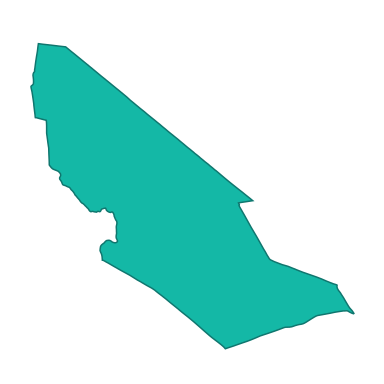 outline of Tan Hung, Long An, Vietnam, rotated 176°
{"feature_id": "81297802B65804618727956", "entity_name": "Tan Hung", "entity_type": "district", "adm_level": 2, "iso_a3": "VNM", "parent_name": "Vietnam", "parent_adm1": "Long An", "projection": "albers", "projection_center": [105.709, 10.817], "detail": "fine", "context": "isolated", "style": "filled", "palette": "teal", "viewbox_px": 384, "rotation_deg": 176, "n_neighbors": 0, "source": "geoboundaries", "source_scale": "gbopen_adm2", "svg_char_len": 5532}
<svg xmlns="http://www.w3.org/2000/svg" viewBox="0 0 384 384"><g transform="rotate(176 192 192)"><path d="M343.1,277.1L341.8,276.9L340.2,276.3L338.1,275.6L332.4,273.7L332.4,273.4L332.3,271.2L332.4,268.3L332.9,261.1L332.9,260.6L332.5,254.6L332.3,251.1L332.0,247.1L331.9,246.2L331.9,245.3L332.1,240.0L332.3,232.5L332.5,228.9L331.7,227.6L330.5,225.9L329.3,224.7L327.8,223.9L325.7,222.9L324.5,222.3L323.8,221.8L323.2,221.1L322.9,220.7L322.0,219.5L321.9,218.9L321.8,218.2L321.9,217.4L322.4,216.5L322.9,215.8L323.1,215.2L323.1,214.5L322.9,213.7L322.4,213.0L321.8,212.0L321.3,210.9L320.9,209.5L320.5,208.5L320.1,208.1L319.5,207.8L318.8,207.5L317.8,207.2L317.1,206.7L316.4,206.3L315.8,206.0L315.3,205.7L314.8,205.5L314.4,205.4L314.0,205.1L313.4,204.5L312.9,203.6L312.5,202.9L312.2,202.5L311.7,202.0L311.4,201.7L311.1,201.3L310.5,200.5L310.1,199.8L309.7,199.2L309.4,198.5L309.2,198.1L309.0,197.5L308.8,197.1L308.2,196.5L307.4,195.4L306.6,194.2L305.8,193.2L305.2,192.4L304.7,191.7L304.2,190.7L303.6,189.8L303.0,189.1L302.4,188.5L301.8,188.2L301.2,187.7L300.6,187.1L300.0,186.4L299.7,185.9L299.1,185.3L298.6,184.8L298.2,184.2L297.7,183.6L296.9,182.8L296.4,182.0L296.0,181.2L295.7,180.6L295.4,180.2L295.0,179.9L294.7,179.6L294.3,179.4L293.9,179.4L293.1,179.6L292.8,179.6L292.4,179.6L291.8,179.4L291.4,179.2L291.0,179.1L290.7,179.0L290.2,178.9L289.7,178.8L289.2,178.7L288.9,178.6L288.6,178.6L288.2,178.8L287.7,179.1L287.4,179.2L287.1,179.3L286.7,179.2L286.2,179.0L285.8,178.9L285.5,178.8L285.3,178.8L285.1,178.9L284.8,179.0L284.7,179.1L284.5,179.4L284.0,180.2L283.7,180.8L283.3,181.2L282.9,181.3L281.9,181.6L280.9,181.8L280.2,181.9L279.8,182.0L279.7,182.0L279.3,181.8L279.3,181.7L279.1,181.2L278.8,180.5L278.7,180.1L278.6,179.7L278.1,179.2L277.7,178.7L276.9,178.2L276.1,177.7L275.5,177.5L275.0,177.4L274.7,177.3L274.4,177.3L274.2,177.4L273.9,177.6L273.5,177.7L273.3,177.7L273.1,177.6L272.7,177.4L272.3,177.0L272.0,176.3L271.6,175.5L271.4,174.5L271.3,173.4L271.2,172.8L271.0,172.3L270.8,171.8L270.5,170.7L270.3,170.4L270.1,169.6L269.7,169.0L269.4,168.5L269.2,168.2L269.2,167.8L269.1,167.5L269.1,167.1L269.0,166.7L269.1,166.1L269.2,165.3L269.5,164.4L269.9,163.0L270.0,162.0L270.0,160.9L270.0,159.5L270.1,157.8L270.1,156.5L270.2,155.5L270.4,154.9L270.7,153.6L270.8,152.6L270.8,151.6L270.7,151.1L270.5,150.6L270.2,150.0L270.1,149.6L270.0,149.3L269.9,149.0L269.8,148.5L269.8,148.1L269.9,147.8L270.1,147.6L270.5,147.2L271.0,146.9L271.8,146.7L272.6,146.7L273.5,147.0L274.4,147.3L275.1,147.7L275.6,148.2L276.3,148.8L277.0,149.2L277.5,149.5L278.2,149.6L278.9,149.7L279.8,149.6L280.7,149.5L281.2,149.2L282.2,148.4L283.0,147.5L283.7,147.0L284.7,146.4L285.8,145.6L286.5,144.9L287.1,143.8L287.3,142.9L287.5,142.0L287.7,140.8L287.8,140.1L287.7,139.5L287.5,138.9L287.2,137.9L286.8,137.0L286.4,135.4L286.2,133.6L286.2,132.2L286.2,130.4L286.2,130.2L285.8,130.2L285.3,130.0L284.3,129.4L282.4,128.1L280.9,127.2L277.1,124.6L273.7,122.3L268.0,118.5L260.0,113.4L258.2,112.1L252.6,108.0L250.7,106.8L243.4,101.8L239.0,99.0L236.0,96.7L235.3,96.0L234.6,95.3L232.3,93.2L230.8,91.9L225.8,87.4L220.9,82.7L215.5,77.7L210.2,72.6L204.7,67.6L199.4,62.5L194.4,57.5L189.4,52.4L184.4,47.4L182.5,45.6L179.0,42.5L176.8,40.6L173.4,37.5L171.4,35.5L170.4,34.3L169.7,33.3L166.8,34.1L164.4,34.7L161.2,35.5L158.4,36.3L154.7,37.3L152.5,37.9L147.9,39.1L145.5,39.8L142.9,40.6L139.0,41.9L133.9,43.7L129.2,44.9L126.4,45.6L118.9,47.6L114.7,48.8L111.7,49.7L109.7,50.3L108.0,50.6L106.5,50.5L105.9,50.5L104.3,50.4L103.1,50.5L101.9,50.6L100.3,51.0L98.2,51.6L96.2,52.0L94.5,52.3L92.2,52.5L90.5,52.8L88.9,53.4L87.4,54.1L85.2,55.3L81.3,57.4L78.4,58.9L76.8,59.6L75.5,60.0L73.9,60.2L71.9,60.4L66.5,61.0L62.1,61.5L57.9,62.1L53.3,62.5L49.6,62.8L46.8,62.7L45.9,62.7L45.3,62.6L44.6,62.2L42.8,61.0L40.7,59.8L38.8,59.1L38.7,59.0L39.2,60.1L40.4,62.2L42.7,65.2L43.9,67.2L45.0,69.4L46.7,72.8L48.3,76.1L50.0,79.1L51.0,81.1L52.3,83.0L53.1,84.3L53.7,85.7L53.9,86.6L54.0,87.7L53.8,88.6L53.8,89.0L54.0,89.2L55.4,89.8L57.8,90.7L63.8,93.6L68.8,96.2L73.7,98.5L84.4,103.1L87.0,104.2L90.8,106.0L101.5,111.2L107.0,113.2L114.8,116.8L118.5,118.9L119.1,119.5L119.6,120.1L120.2,121.4L121.3,123.4L123.1,127.3L124.6,130.2L126.4,134.0L128.7,138.9L131.0,143.7L135.6,152.9L141.3,165.1L145.6,174.0L145.9,174.9L146.0,175.1L146.0,175.3L145.9,175.6L145.7,175.8L145.7,176.2L146.0,176.9L146.3,177.5L146.4,177.9L142.1,178.3L139.2,178.5L132.0,179.1L134.6,181.6L139.5,186.1L141.6,188.1L144.4,190.6L149.0,194.8L153.9,199.3L158.5,203.7L163.0,208.1L166.6,211.6L167.7,212.5L169.9,214.7L172.6,217.2L173.6,218.3L177.1,221.4L178.8,223.1L181.4,225.5L182.2,226.4L184.3,228.4L186.6,230.4L187.5,231.4L191.2,234.9L193.0,236.5L195.9,239.3L200.6,243.8L201.8,245.0L206.2,249.1L210.2,252.8L212.1,254.6L214.1,256.6L217.1,259.4L219.5,261.8L221.8,263.9L224.3,266.3L228.4,270.1L231.4,272.9L233.7,275.2L236.1,277.4L238.6,279.7L241.3,282.3L243.3,284.2L247.2,287.9L250.3,291.2L258.9,299.4L259.7,300.1L267.0,307.0L274.3,313.8L281.5,320.7L296.0,334.4L297.8,336.1L298.0,336.3L303.3,341.2L307.9,345.6L312.8,346.5L322.2,348.3L331.0,349.9L331.9,350.1L334.9,350.7L335.4,348.4L336.4,343.2L337.2,339.8L337.5,338.7L338.3,335.1L338.7,333.4L339.6,329.0L339.8,328.0L340.1,326.4L340.4,325.3L340.5,324.8L340.6,323.2L341.6,322.1L342.0,321.4L342.3,320.5L342.5,319.3L342.4,318.0L342.3,315.2L342.4,312.8L342.6,311.7L342.7,311.0L342.9,310.6L343.6,309.9L344.9,309.0L345.2,308.6L345.3,308.2L345.2,306.9L344.8,304.3L344.6,303.1L344.0,295.6L343.7,291.1L343.7,289.3L343.4,283.1L343.2,279.7L343.2,279.0L343.2,278.1L343.1,277.1Z" fill="#14b8a6" stroke="#0f766e" stroke-width="1.5"/></g></svg>